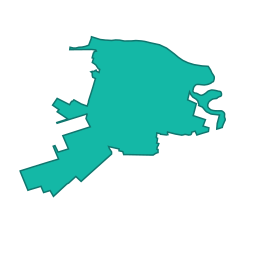 outline of Turnu Magurele, Teleorman, Romania, rotated 197°
{"feature_id": "2599482B11362496052872", "entity_name": "Turnu Magurele", "entity_type": "district", "adm_level": 2, "iso_a3": "ROU", "parent_name": "Romania", "parent_adm1": "Teleorman", "projection": "robinson", "projection_center": [24.842, 43.779], "detail": "fine", "context": "isolated", "style": "filled", "palette": "teal", "viewbox_px": 256, "rotation_deg": 197, "n_neighbors": 0, "source": "geoboundaries", "source_scale": "gbopen_adm2", "svg_char_len": 4281}
<svg xmlns="http://www.w3.org/2000/svg" viewBox="0 0 256 256"><g transform="rotate(197 128 128)"><path d="M204.4,135.6L206.8,127.8L199.4,125.4L200.5,122.8L193.5,120.7L188.2,119.0L197.7,112.4L197.2,111.8L171.4,129.4L171.1,129.0L170.9,124.7L164.4,118.1L188.1,101.6L178.8,90.6L187.8,84.5L192.7,89.8L194.2,88.7L189.1,82.5L185.3,78.0L194.0,72.2L196.5,70.5L207.7,62.9L212.6,59.5L218.6,55.4L218.0,54.5L205.9,39.7L205.5,39.2L203.5,40.6L197.0,44.9L194.2,46.8L189.8,41.6L184.2,45.4L179.8,41.3L179.3,40.8L175.9,46.6L174.2,49.6L170.1,56.6L168.6,58.1L163.7,66.4L160.5,64.8L157.2,63.2L151.2,73.3L136.1,98.3L136.7,100.3L139.8,102.9L141.1,104.6L140.8,104.6L131.4,105.3L130.5,105.4L129.9,103.6L126.1,103.9L124.3,101.3L121.5,102.2L99.0,108.6L96.0,109.5L94.4,111.5L93.2,112.6L92.1,113.3L93.0,116.2L94.1,116.1L94.4,117.3L94.5,118.7L94.0,120.2L94.0,122.1L96.2,122.0L96.3,124.1L96.7,126.8L97.7,126.9L98.3,127.5L98.4,129.0L99.0,131.7L95.5,132.0L95.1,131.5L94.9,131.6L89.2,132.6L87.9,133.3L88.9,134.9L89.0,135.7L80.9,136.1L74.5,136.9L73.0,137.7L71.6,138.6L70.8,138.7L69.4,138.9L68.8,138.9L68.2,138.9L67.7,139.1L66.8,139.5L66.4,139.7L66.1,140.0L65.9,140.2L65.8,140.4L65.7,140.7L65.6,141.3L65.6,141.8L65.8,142.6L65.5,142.9L65.0,143.2L62.9,144.6L61.0,142.5L60.1,141.4L59.0,142.2L54.6,145.2L52.4,146.6L51.2,147.4L50.1,148.2L50.5,150.8L50.7,151.8L56.8,151.8L56.5,157.0L56.4,158.6L69.3,158.9L69.8,171.2L79.2,172.4L79.7,180.5L77.8,178.4L75.1,176.5L71.4,175.5L69.3,174.4L66.8,170.7L66.9,170.2L62.9,169.7L59.6,167.5L57.8,166.5L53.1,165.7L51.7,165.8L44.3,167.2L44.0,158.4L43.3,155.2L43.1,154.1L42.8,152.9L40.7,154.2L39.6,155.0L38.8,155.6L38.0,156.1L38.1,156.5L38.1,157.0L38.1,157.8L38.0,159.0L38.0,159.7L37.9,160.1L37.8,160.7L37.8,161.2L37.7,161.9L37.6,162.6L37.4,163.9L37.4,164.2L37.8,165.2L37.9,165.3L38.1,165.6L38.4,166.0L38.9,166.6L39.0,167.0L39.1,167.4L39.4,168.4L39.6,169.4L39.8,169.8L39.9,170.0L40.1,170.3L40.3,170.4L40.8,170.9L41.3,171.1L41.7,171.3L42.2,171.5L42.5,171.6L42.9,171.7L43.3,171.7L43.9,171.7L44.7,171.4L47.5,170.6L49.6,170.0L51.3,169.7L52.5,169.6L53.3,169.6L53.9,169.6L54.5,169.7L55.9,170.3L56.7,170.7L57.5,171.3L58.0,171.9L58.3,172.7L58.6,173.8L58.6,174.3L58.5,175.2L58.5,175.8L58.3,176.5L57.9,177.4L56.2,179.7L55.7,180.2L55.2,180.6L54.1,181.2L53.4,181.5L52.7,181.8L52.0,182.1L51.6,182.5L51.1,183.4L50.7,183.8L49.8,184.7L49.4,185.0L48.9,185.2L48.6,185.5L48.4,185.9L48.3,186.2L48.2,186.6L48.3,187.0L48.4,187.5L48.8,188.5L49.3,189.1L49.6,189.5L49.9,189.7L50.3,189.8L50.8,189.9L51.3,189.8L52.4,189.6L53.8,189.6L55.1,189.5L56.7,189.3L58.8,188.9L59.4,188.7L60.1,188.2L61.4,187.3L62.3,186.5L62.9,185.6L63.9,184.0L64.5,183.3L65.1,182.5L65.8,181.9L66.4,181.3L67.1,180.9L67.6,180.7L68.2,180.6L68.8,180.6L70.8,180.9L71.1,181.1L71.3,181.1L71.6,181.1L72.2,181.2L72.6,181.2L73.2,181.2L74.2,181.0L74.7,181.0L75.0,181.1L75.7,181.3L76.2,181.6L76.5,181.8L76.7,182.2L76.8,182.3L76.9,182.9L76.9,183.6L77.0,184.7L77.1,185.4L77.0,186.1L76.8,187.1L76.5,187.7L76.2,188.4L76.0,188.8L75.6,189.2L75.0,189.7L74.5,189.9L73.6,190.2L72.5,190.5L71.9,190.6L70.8,190.8L68.4,191.3L67.1,191.7L66.3,192.1L65.2,192.6L64.2,193.2L63.3,193.9L62.1,194.9L61.8,195.2L61.3,196.0L60.8,196.6L60.5,196.9L60.2,197.1L60.0,197.3L59.9,197.6L59.9,198.0L59.9,198.5L59.9,199.8L60.1,200.9L60.5,202.1L61.2,202.9L61.8,203.5L62.7,204.2L64.0,205.3L66.0,207.6L69.3,210.4L70.8,210.1L75.4,209.0L83.4,207.9L89.8,207.9L95.4,208.7L100.5,210.3L105.4,212.4L110.3,214.2L114.5,215.7L122.2,216.8L131.7,216.0L137.1,215.7L140.5,215.2L144.9,214.2L146.1,213.9L150.1,212.3L157.0,210.1L161.6,209.6L165.5,208.6L169.3,206.9L174.0,205.8L175.1,205.5L180.5,204.5L189.6,204.6L189.3,202.7L189.8,195.7L192.6,193.6L195.7,191.9L198.7,190.8L201.1,189.3L203.8,188.5L207.0,188.3L206.6,185.9L185.6,192.5L181.7,193.2L181.2,192.8L180.7,192.3L182.6,191.2L182.7,189.7L183.0,189.5L182.9,186.0L182.8,184.6L181.3,184.6L181.3,182.4L181.3,180.2L179.3,179.7L177.0,178.8L173.7,176.0L172.2,175.8L172.0,172.6L173.8,173.0L174.8,173.0L175.4,174.0L176.0,173.6L176.5,172.9L177.0,172.2L178.6,171.8L179.9,170.9L178.3,170.2L178.1,169.4L177.4,167.5L176.5,166.2L173.6,165.8L173.6,163.8L173.5,157.2L173.5,151.5L173.6,145.4L173.6,141.9L173.3,141.5L173.5,137.0L179.7,137.3L188.0,139.1L188.9,137.2L189.7,137.0L190.3,135.0L190.6,133.2L204.4,135.6Z" fill="#14b8a6" stroke="#0f766e" stroke-width="1.5"/></g></svg>